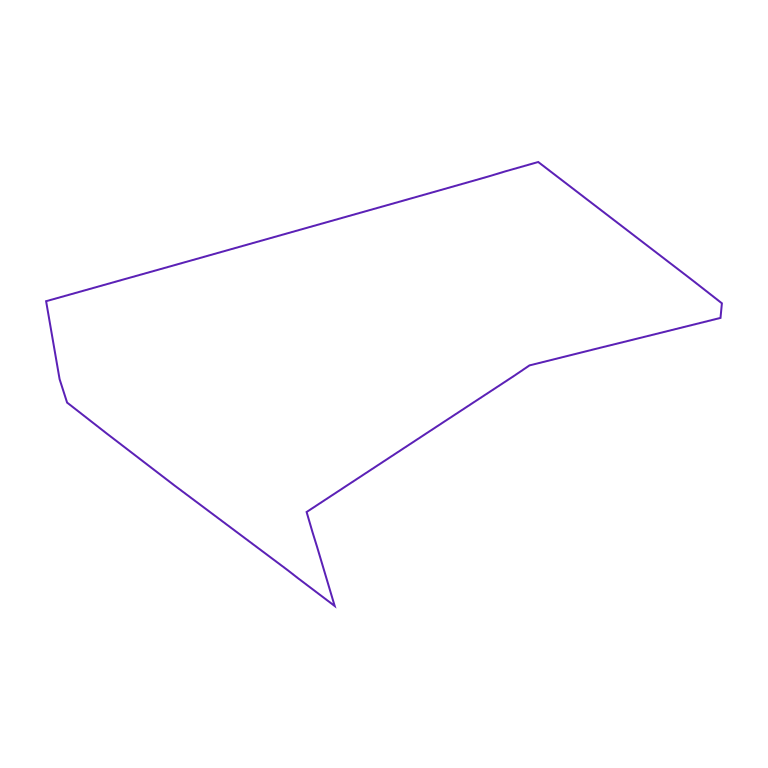 the district of Carneiros, Alagoas, Brazil
{"feature_id": "56859067B63181895111760", "entity_name": "Carneiros", "entity_type": "district", "adm_level": 2, "iso_a3": "BRA", "parent_name": "Brazil", "parent_adm1": "Alagoas", "projection": "robinson", "projection_center": [-37.355, -9.473], "detail": "fine", "context": "isolated", "style": "outline", "palette": "violet", "viewbox_px": 768, "rotation_deg": 0, "n_neighbors": 0, "source": "geoboundaries", "source_scale": "gbopen_adm2", "svg_char_len": 424}
<svg xmlns="http://www.w3.org/2000/svg" viewBox="0 0 768 768"><path d="M721.9,303.3L691.3,279.4L538.2,162.0L505.5,171.3L488.3,176.5L412.2,198.1L183.9,262.5L46.1,301.2L59.6,379.2L67.1,402.6L106.7,433.5L174.5,485.5L287.7,570.2L297.7,578.0L334.7,606.0L317.2,547.3L312.6,532.5L306.6,512.0L444.0,421.8L513.7,376.1L529.5,365.4L599.2,348.0L636.9,338.7L720.5,317.9L721.9,303.3Z" fill="none" stroke="#5b21b6" stroke-width="2"/></svg>